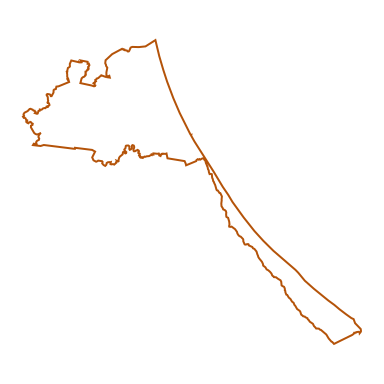 outline of Tampico Alto, Veracruz, Mexico
{"feature_id": "50627088B55944116291568", "entity_name": "Tampico Alto", "entity_type": "district", "adm_level": 2, "iso_a3": "MEX", "parent_name": "Mexico", "parent_adm1": "Veracruz", "projection": "orthographic", "projection_center": [-97.791, 21.851], "detail": "fine", "context": "isolated", "style": "outline", "palette": "amber", "viewbox_px": 384, "rotation_deg": 0, "n_neighbors": 0, "source": "geoboundaries", "source_scale": "gbopen_adm2", "svg_char_len": 5796}
<svg xmlns="http://www.w3.org/2000/svg" viewBox="0 0 384 384"><path d="M334.0,343.9L352.3,334.9L353.6,333.9L354.1,332.9L354.7,333.1L354.9,332.7L355.7,332.6L356.0,332.3L356.5,332.4L356.9,332.0L358.9,331.8L359.6,332.3L359.7,333.2L360.6,332.1L361.0,331.1L360.7,329.0L355.1,323.2L353.6,319.1L351.4,318.1L346.1,314.3L339.4,309.2L334.3,304.9L328.3,300.5L313.8,288.7L304.8,280.7L298.3,272.8L295.5,269.9L273.5,250.9L263.4,240.9L254.4,231.0L243.7,217.5L232.5,202.0L228.2,194.8L222.8,186.9L213.6,171.6L194.4,141.4L191.2,135.7L191.3,135.0L191.1,135.1L190.8,134.6L191.1,134.4L190.5,134.5L190.3,134.2L179.7,113.0L173.3,98.1L167.1,81.6L163.3,69.9L159.3,56.3L155.4,40.1L145.5,46.4L138.8,47.1L132.2,46.9L130.6,47.6L129.3,50.7L128.9,51.3L128.2,51.5L127.6,51.4L126.9,50.5L124.7,50.2L124.5,49.6L123.7,49.7L123.5,49.2L123.2,49.1L122.1,49.3L121.9,48.9L112.2,54.1L105.6,60.2L105.3,62.6L105.3,63.6L105.9,64.5L106.1,65.9L107.3,67.7L106.4,72.4L106.4,75.1L107.5,76.5L107.9,76.8L108.2,76.3L109.3,75.8L109.8,77.6L107.0,77.2L106.5,76.7L105.6,76.9L101.3,75.3L101.0,75.9L100.0,76.4L98.4,78.0L96.6,78.6L96.4,79.4L95.3,80.0L95.9,81.3L95.1,81.5L94.9,82.7L93.9,82.8L93.5,83.2L94.1,83.6L94.6,84.4L94.8,85.5L95.2,85.6L95.0,86.0L94.3,86.0L94.0,86.3L91.6,85.5L80.4,83.1L81.6,78.4L82.7,77.3L84.2,76.7L84.6,76.3L84.9,75.7L85.1,75.8L85.6,75.3L85.9,74.1L85.5,73.8L85.5,71.7L86.3,71.6L86.8,70.4L87.4,69.8L87.8,69.9L88.5,69.2L88.6,68.6L88.0,68.0L88.3,67.5L88.2,66.9L88.8,66.6L88.8,65.9L89.4,65.1L88.8,63.6L87.6,63.8L87.6,61.8L80.9,60.5L81.9,61.8L81.7,62.3L80.8,62.4L80.6,62.1L79.3,62.4L78.9,61.9L78.8,62.2L71.3,60.5L69.8,63.9L69.9,66.4L69.5,67.0L67.9,68.0L67.3,70.7L66.8,71.5L67.3,71.9L66.9,72.9L67.2,74.0L67.2,76.8L68.0,78.5L67.3,78.8L67.4,79.3L68.2,80.4L68.6,80.3L69.1,82.0L58.6,86.3L56.4,86.6L55.8,89.1L54.4,89.4L53.6,90.2L53.5,92.6L51.6,96.1L50.8,96.1L50.3,94.8L49.8,94.4L47.6,94.0L47.2,94.1L46.7,94.5L46.6,95.0L47.8,97.2L47.9,99.7L48.2,100.9L47.5,102.5L47.7,103.0L48.6,103.0L49.0,103.4L49.5,105.0L48.5,106.0L47.9,106.1L47.8,107.0L47.2,107.1L46.5,106.7L46.2,107.4L45.2,108.2L44.5,108.0L42.9,108.5L41.9,109.5L41.1,109.8L39.8,109.5L39.7,110.7L38.5,110.9L37.7,113.5L37.0,113.8L34.9,113.1L35.7,112.1L35.1,111.6L34.7,110.7L33.5,110.6L32.6,109.6L31.5,109.3L30.7,108.8L29.6,109.0L27.6,111.1L24.5,112.7L23.5,114.3L24.1,115.9L23.7,116.3L23.0,116.6L23.1,116.8L23.8,117.9L24.9,117.9L25.6,118.4L26.2,120.1L27.2,120.3L27.2,121.1L26.3,121.9L27.1,122.7L28.3,123.3L29.1,122.4L29.7,122.4L30.2,121.9L31.1,122.3L31.9,123.4L32.7,123.7L32.5,124.9L31.0,125.7L30.9,127.3L34.2,133.0L35.5,134.0L36.6,134.4L38.1,134.3L40.2,133.3L40.3,133.5L39.1,134.8L38.5,136.3L38.5,137.2L39.2,138.5L39.1,139.2L38.7,140.1L37.7,140.4L36.8,141.1L36.1,142.3L36.7,144.4L33.8,143.7L33.0,145.1L40.6,146.0L43.8,145.0L73.4,148.7L74.9,148.8L75.0,147.8L92.1,149.9L95.1,151.6L92.2,157.4L93.5,160.3L96.1,161.7L97.6,161.1L98.2,160.6L102.1,161.2L102.6,161.9L102.2,163.4L103.6,165.0L105.2,165.9L106.3,164.8L106.7,163.0L107.8,162.3L109.4,162.1L110.2,162.3L110.8,162.1L110.4,164.0L111.2,164.4L113.1,164.1L114.2,164.6L116.1,162.9L115.9,162.7L116.1,162.1L116.7,161.8L117.0,161.2L116.8,160.8L118.2,161.4L118.6,161.1L118.5,160.1L119.2,157.6L119.9,156.6L122.6,154.4L122.9,152.5L123.2,152.0L124.0,152.1L125.1,153.3L125.6,153.4L126.1,153.1L126.3,152.1L124.4,150.2L124.3,149.5L125.4,148.3L125.8,146.0L126.1,145.7L127.2,145.5L128.4,145.5L129.4,146.4L129.3,149.0L129.8,149.8L130.8,149.4L131.6,148.6L131.9,147.8L131.8,146.1L132.1,145.4L132.6,145.1L133.8,145.6L134.1,146.4L134.2,147.4L133.4,149.9L133.7,151.0L134.0,151.3L135.1,151.2L136.3,150.4L136.8,150.4L137.6,149.9L138.7,150.6L139.0,151.2L138.3,152.2L138.4,153.1L139.5,153.4L139.7,153.6L139.1,155.2L139.8,155.4L139.5,156.0L140.2,156.5L140.0,157.1L140.5,157.6L141.5,157.4L141.8,157.8L142.5,157.9L142.5,157.2L143.6,157.3L144.4,156.6L145.4,156.8L146.7,156.3L149.1,156.1L151.0,155.0L151.7,155.1L151.7,154.3L153.4,154.6L153.4,153.4L153.7,153.4L157.4,153.8L158.8,153.5L159.3,154.4L159.1,154.5L159.2,155.2L159.5,155.2L159.4,155.5L160.5,156.0L161.0,154.5L161.4,154.5L161.7,153.9L162.9,154.0L163.2,153.9L163.2,153.7L165.4,153.9L166.5,153.5L167.5,158.3L184.6,161.1L185.7,163.6L186.1,165.3L196.2,161.1L196.5,160.1L197.7,159.2L198.8,159.7L199.4,159.1L200.3,159.6L202.4,158.4L203.5,158.3L204.6,160.1L205.4,160.8L205.9,163.0L206.3,164.0L206.6,164.2L207.0,165.9L207.4,166.1L208.0,169.2L208.7,170.3L208.9,172.1L209.6,174.1L210.8,173.9L211.8,174.2L212.2,177.9L212.7,178.8L213.3,181.3L213.9,182.0L214.3,183.3L215.1,184.8L216.5,189.7L216.9,190.3L217.8,190.5L219.5,193.0L220.3,193.1L221.9,196.4L221.6,199.5L221.7,200.4L221.3,203.5L221.5,206.2L222.9,208.4L223.0,209.0L223.3,209.5L224.6,209.9L225.9,211.1L226.3,212.7L226.1,214.1L226.3,216.5L226.5,217.0L228.1,217.8L229.2,221.6L229.5,224.6L229.2,225.4L229.2,226.6L230.2,226.9L231.6,226.6L235.1,229.2L237.0,231.9L237.4,233.5L238.4,235.1L239.4,236.1L240.8,236.7L243.0,239.0L243.3,239.8L243.3,241.3L244.6,244.3L244.9,244.5L245.8,244.6L247.2,244.1L248.2,244.1L248.6,244.4L248.8,245.4L252.3,247.0L253.0,248.3L254.4,248.9L256.5,251.5L257.4,254.5L258.0,255.7L258.2,256.8L259.1,258.3L262.0,261.9L263.0,264.1L263.2,265.6L265.4,267.3L266.6,269.4L268.3,270.3L270.1,271.9L271.5,273.6L272.2,275.4L273.0,276.2L273.7,276.5L273.9,277.1L276.1,277.3L277.7,278.6L280.5,280.3L281.2,281.6L281.6,285.4L282.5,286.1L284.0,286.8L284.6,288.0L284.9,289.2L284.8,290.3L285.3,290.9L285.4,292.3L286.3,294.6L287.2,294.9L288.8,297.6L290.4,298.9L292.0,301.6L293.6,302.8L294.4,304.9L295.2,305.7L297.1,309.0L299.6,310.8L300.2,311.5L301.2,314.6L302.8,315.8L303.0,316.2L303.7,316.4L304.8,316.6L305.3,317.2L307.4,318.2L307.8,319.3L308.6,319.9L309.8,321.7L312.9,323.8L314.0,326.1L315.5,327.6L316.1,328.5L318.8,328.6L320.2,329.8L320.9,329.9L321.6,330.5L326.3,334.5L328.7,338.5L331.5,341.7L332.2,341.9L334.0,343.9Z" fill="none" stroke="#b45309" stroke-width="2"/></svg>